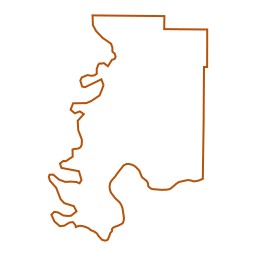 outline of Posey, Indiana, United States of America
{"feature_id": "52423323B54248074305317", "entity_name": "Posey", "entity_type": "district", "adm_level": 2, "iso_a3": "USA", "parent_name": "United States of America", "parent_adm1": "Indiana", "projection": "orthographic", "projection_center": [-87.943, 38.001], "detail": "fine", "context": "isolated", "style": "outline", "palette": "amber", "viewbox_px": 256, "rotation_deg": 0, "n_neighbors": 0, "source": "geoboundaries", "source_scale": "gbopen_adm2", "svg_char_len": 2015}
<svg xmlns="http://www.w3.org/2000/svg" viewBox="0 0 256 256"><path d="M207.2,45.5L207.2,29.5L164.2,29.1L164.4,16.1L92.5,15.4L92.6,16.2L92.9,25.2L96.2,31.2L102.5,37.8L111.1,43.8L112.4,47.7L112.4,51.6L114.8,53.8L115.6,56.6L114.7,58.9L111.9,59.9L107.9,66.2L103.9,63.1L102.1,63.5L99.4,63.5L98.1,65.1L96.7,69.1L96.8,73.7L94.5,75.3L91.8,75.8L87.4,75.1L81.7,77.5L80.3,80.6L82.1,86.5L85.0,87.2L101.4,79.3L103.5,85.1L101.8,90.0L99.5,95.5L91.1,101.1L86.3,103.1L73.1,103.3L70.6,109.7L74.8,113.3L79.9,111.4L83.8,114.1L77.7,120.8L78.3,130.4L81.9,139.7L81.7,144.9L80.4,147.3L78.7,148.4L75.8,148.9L74.3,148.8L72.5,149.6L72.7,156.6L65.7,161.3L63.5,160.9L60.0,163.5L61.4,167.9L75.0,170.5L78.9,171.2L81.5,180.1L79.5,183.3L76.4,182.0L70.9,181.6L65.2,181.9L59.0,179.6L53.3,174.7L49.6,174.7L48.8,176.8L49.9,180.7L50.7,181.6L56.2,187.8L60.6,199.2L64.4,203.2L73.8,206.1L76.5,211.4L71.1,215.7L68.1,216.0L63.3,215.5L58.0,212.4L54.2,211.9L51.4,214.7L54.4,221.4L59.9,226.2L64.3,225.7L69.5,222.5L72.9,222.1L75.3,225.0L75.8,227.1L78.5,226.0L80.8,225.8L84.9,226.7L87.8,227.9L89.4,228.8L90.1,229.7L91.7,230.6L92.8,230.8L95.9,232.6L97.6,234.3L98.2,235.7L102.2,239.9L105.1,240.6L106.7,240.3L107.5,239.8L108.2,238.9L110.5,232.7L111.6,231.8L112.1,230.8L112.0,229.1L112.9,227.9L114.8,226.8L118.1,225.7L121.2,224.2L122.9,223.0L123.7,220.6L124.0,218.0L122.5,208.3L121.5,205.4L119.7,202.4L114.9,197.9L111.5,193.4L110.7,192.0L110.0,189.9L109.6,187.8L109.7,185.8L110.0,183.7L110.6,182.1L111.2,181.2L113.0,178.9L114.7,177.1L115.0,176.8L117.1,173.7L123.6,165.4L126.3,164.1L128.4,163.9L132.0,164.7L134.3,165.8L136.1,167.3L138.9,170.2L139.8,171.8L141.5,176.2L142.1,177.3L146.6,180.9L147.0,181.5L148.1,183.6L148.2,185.7L148.3,186.3L149.5,187.5L151.2,188.7L152.4,189.1L161.2,189.8L166.2,189.7L167.8,189.5L168.1,189.4L169.6,189.1L170.7,188.5L174.8,185.1L175.6,184.3L178.9,182.0L187.5,180.1L190.2,180.3L193.9,181.4L196.1,181.1L198.9,180.5L202.7,178.8L202.8,178.8L203.6,124.3L204.0,67.0L207.1,67.0L207.2,45.5Z" fill="none" stroke="#b45309" stroke-width="2"/></svg>